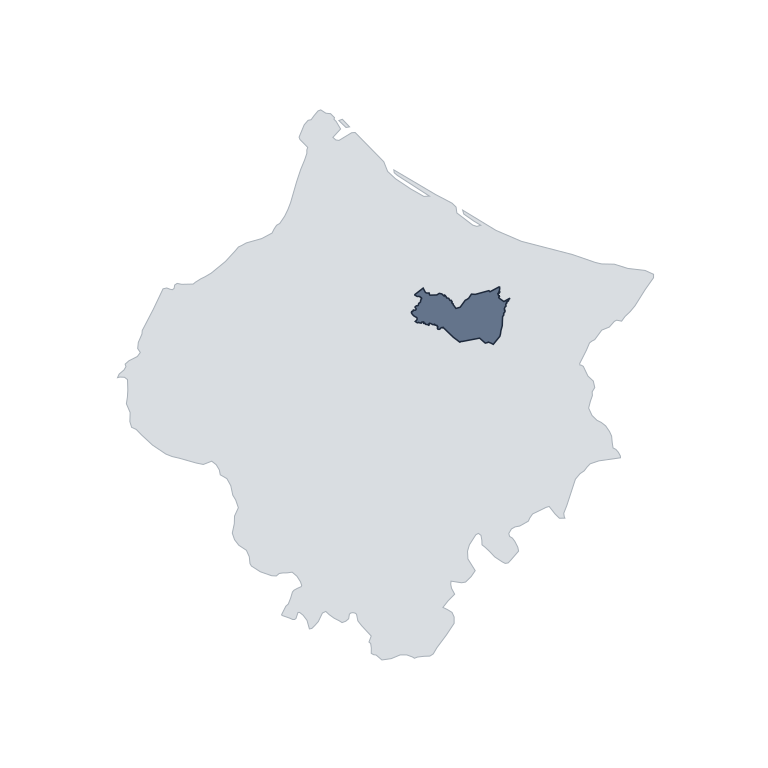 location of Goh, Fromager, Ivory Coast, rotated 216°
{"feature_id": "98640826B83650084589555", "entity_name": "Goh", "entity_type": "district", "adm_level": 2, "iso_a3": "CIV", "parent_name": "Ivory Coast", "parent_adm1": "Fromager", "projection": "orthographic", "projection_center": [-5.701, 6.152], "detail": "fine", "context": "in_parent", "style": "filled", "palette": "slate", "viewbox_px": 768, "rotation_deg": 216, "n_neighbors": 0, "source": "geoboundaries", "source_scale": "gbopen_adm2", "svg_char_len": 9102}
<svg xmlns="http://www.w3.org/2000/svg" viewBox="0 0 768 768"><g transform="rotate(216 384 384)"><path d="M198.2,180.0L200.5,179.9L206.4,178.2L211.7,174.3L216.7,166.1L223.5,159.5L231.1,160.1L233.3,158.9L236.0,158.6L239.1,163.0L242.3,166.3L244.5,166.4L246.2,172.6L260.0,175.3L265.9,177.0L270.9,181.6L272.6,181.7L274.7,180.8L276.3,179.2L276.7,177.4L274.6,173.3L275.5,169.6L277.7,166.3L281.3,166.1L286.7,165.2L292.8,165.2L297.4,165.8L299.2,162.5L297.5,153.2L298.0,148.1L298.7,143.8L300.4,142.0L307.3,147.5L313.5,149.4L318.0,149.6L319.3,148.6L317.4,142.6L317.9,140.9L319.5,139.8L322.5,139.2L330.5,136.8L331.3,137.3L332.8,146.6L332.1,149.7L333.7,156.0L335.8,161.9L335.6,164.3L333.9,167.9L331.9,171.3L332.1,172.6L335.3,174.9L341.4,177.3L347.7,177.8L351.2,174.4L354.9,171.6L357.4,169.1L358.3,165.4L362.3,162.8L373.7,159.4L384.2,158.8L386.8,159.9L391.5,165.1L397.6,168.6L406.7,168.2L413.4,170.2L419.1,174.2L423.0,183.0L427.3,189.3L429.1,198.3L435.8,203.0L441.0,205.2L448.2,211.7L455.5,215.1L463.1,214.3L466.7,217.7L472.3,220.1L478.0,220.3L482.9,212.7L489.5,209.7L506.1,203.6L512.7,200.8L519.3,199.1L535.3,198.5L550.3,200.3L557.7,201.6L562.7,200.6L567.5,204.2L572.6,211.7L576.6,214.1L580.8,216.6L583.9,222.6L587.6,228.4L589.6,231.0L594.1,236.8L597.9,236.9L601.7,234.4L603.3,232.5L604.1,236.3L602.6,242.6L603.0,246.4L605.1,247.9L604.0,252.9L599.7,261.3L599.7,266.3L604.1,267.9L607.2,273.2L609.2,282.2L611.1,285.3L611.3,287.1L614.6,309.1L618.7,331.1L616.2,334.0L612.8,334.9L610.6,335.9L610.0,338.0L611.5,341.0L610.5,343.8L606.3,345.7L597.1,352.7L596.4,355.5L594.0,361.5L592.0,365.2L589.0,372.0L584.3,389.9L582.6,404.7L582.3,409.3L580.5,412.5L578.4,417.1L568.4,429.8L563.3,440.3L564.0,444.8L564.2,449.3L562.7,452.6L563.0,461.4L564.3,468.7L566.2,475.9L573.6,496.3L577.5,508.6L579.9,518.6L582.0,525.3L584.0,528.0L584.8,530.6L595.7,532.4L597.8,533.8L600.9,546.8L600.4,552.7L598.3,555.0L598.3,559.9L597.9,566.1L596.3,568.6L590.2,568.9L586.1,571.3L580.6,570.4L580.1,568.8L577.1,568.3L569.0,564.8L570.3,553.5L566.5,553.1L563.6,554.6L557.9,568.2L555.2,570.5L514.8,563.7L506.0,558.1L495.4,556.8L477.1,557.5L462.0,559.2L457.7,562.7L495.8,560.6L499.9,560.9L501.9,563.0L453.6,567.6L435.2,570.3L429.7,569.5L425.6,565.2L405.6,564.7L401.5,566.1L399.0,569.3L406.9,568.6L419.3,568.4L422.6,570.9L383.7,574.1L356.7,580.2L345.3,584.7L307.6,599.5L284.6,606.5L278.6,609.0L268.1,616.3L254.7,620.8L239.6,629.3L230.4,631.2L228.4,628.4L228.2,614.0L226.9,594.7L227.4,587.3L228.7,580.3L228.7,574.5L233.3,572.4L234.5,570.0L235.2,562.5L239.5,555.6L239.6,543.7L240.9,541.2L241.9,538.1L240.1,530.3L237.7,515.5L236.6,514.5L235.5,515.2L233.1,515.4L223.7,510.3L216.4,509.4L211.4,505.0L211.0,500.0L208.6,497.1L206.9,491.4L204.3,484.8L197.2,480.8L190.4,479.8L185.7,480.6L180.0,480.4L173.6,478.1L169.2,475.6L165.0,470.8L161.1,466.9L158.0,467.4L154.2,466.5L150.5,464.7L149.3,463.3L165.0,448.1L170.3,440.6L170.9,436.1L171.0,431.4L172.7,426.7L173.2,419.5L164.7,393.2L162.6,385.1L160.3,382.7L158.8,381.8L163.2,378.5L169.2,379.4L178.4,382.0L180.4,379.4L187.4,366.2L187.3,361.3L186.6,357.9L190.7,348.9L194.0,345.4L195.7,341.6L195.2,336.4L192.8,334.5L189.5,334.8L185.7,333.6L179.8,330.6L176.9,327.9L177.9,315.9L178.4,312.2L180.5,310.1L183.8,309.6L192.9,309.2L200.2,310.6L206.7,311.4L210.2,311.5L212.9,315.0L216.6,318.6L219.9,318.6L221.1,315.9L220.4,304.1L218.2,297.9L213.3,291.8L200.5,286.6L200.3,279.5L201.6,271.7L204.4,268.8L213.9,263.9L212.3,261.2L209.3,258.4L203.3,255.5L204.7,246.2L205.0,237.9L199.9,238.8L194.7,239.2L190.3,236.7L186.6,231.6L186.0,217.7L186.2,201.7L185.5,194.6L187.0,190.8L191.5,187.3L196.4,182.8L198.2,180.0ZM575.4,570.6L573.3,573.7L563.0,571.8L565.5,569.2L575.4,570.6Z" fill="#d9dde1" stroke="#a8b0b8" stroke-width="1"/><path d="M411.6,474.6L411.5,474.2L411.4,474.1L411.0,474.0L410.6,474.1L410.4,474.2L410.0,474.2L409.7,474.2L409.4,474.2L408.7,474.3L408.3,474.5L407.7,475.1L407.4,475.3L406.8,475.5L406.5,475.8L406.1,475.8L405.8,475.6L405.7,475.6L405.3,475.7L405.2,475.7L404.6,475.7L404.4,475.7L404.1,475.6L403.9,475.4L403.8,475.2L403.7,475.0L403.8,474.8L403.9,474.7L404.0,474.5L403.6,473.8L403.5,473.6L403.4,473.3L403.4,473.0L403.4,472.9L403.0,472.4L402.8,471.9L402.7,471.7L402.9,471.1L402.9,470.5L403.0,470.3L403.2,470.1L403.3,469.9L403.1,468.9L402.7,468.4L402.6,467.9L402.6,467.7L402.6,467.4L402.7,467.2L403.0,467.0L403.3,466.8L403.4,466.7L403.7,466.4L403.9,466.0L403.9,465.9L404.0,465.3L404.1,465.1L404.2,464.7L404.1,464.4L403.8,464.2L403.4,464.1L402.9,464.0L402.3,463.8L402.0,463.3L401.9,463.1L401.9,462.6L401.9,462.4L402.0,462.2L402.5,461.8L402.9,461.5L403.1,461.4L403.5,461.3L403.7,461.2L403.8,461.0L403.8,460.8L403.8,460.6L403.7,460.4L403.5,460.2L403.4,460.1L403.4,459.8L403.5,459.6L403.6,459.2L404.1,459.1L404.2,458.9L404.1,458.5L403.7,457.7L402.8,457.3L401.3,456.8L401.1,456.8L400.4,456.8L399.8,456.6L399.7,456.6L398.3,456.8L397.8,456.8L397.4,456.9L396.8,457.0L396.4,456.9L396.0,456.7L395.9,456.6L395.7,456.4L395.6,456.2L395.3,455.8L395.1,455.4L395.2,454.3L395.5,453.0L395.4,453.0L394.5,453.0L394.0,452.9L393.9,452.9L393.3,453.1L392.9,453.3L392.7,453.3L392.4,453.9L392.3,454.0L392.2,454.2L391.5,454.2L391.0,454.5L390.6,454.8L389.9,454.9L389.7,455.0L389.6,455.3L389.7,455.6L389.8,456.3L389.6,456.6L389.4,456.7L388.9,456.9L388.8,457.0L388.7,457.3L388.3,457.5L388.2,457.4L388.0,457.2L388.1,456.9L388.0,456.7L387.8,456.4L387.6,456.3L387.0,456.6L386.9,456.8L386.9,457.1L386.6,457.2L386.2,457.2L385.6,456.8L385.4,456.8L385.1,456.8L384.7,457.1L383.6,457.7L383.4,457.9L383.3,458.1L383.1,457.9L382.8,457.7L382.7,457.7L382.3,457.8L382.3,458.0L382.2,458.2L382.2,458.3L382.7,459.1L383.0,459.4L383.0,459.6L383.0,459.8L382.9,459.9L382.7,460.0L381.4,460.5L380.9,460.5L380.4,460.6L379.7,460.6L379.4,460.8L379.1,461.1L378.9,461.2L378.7,461.2L378.2,461.3L378.2,461.7L378.3,461.8L378.3,462.0L378.1,462.1L377.6,462.0L377.4,461.9L377.2,461.8L376.9,461.8L376.4,462.1L376.0,462.3L375.9,462.3L375.6,462.5L375.3,462.4L375.1,462.0L374.9,462.0L374.6,462.1L374.3,461.9L374.0,461.9L373.9,461.8L373.9,461.5L373.8,460.6L373.6,460.5L373.0,460.2L372.9,460.1L372.7,460.0L371.6,460.5L371.1,461.1L371.0,461.5L371.0,462.1L370.9,462.8L370.7,463.2L370.5,463.4L370.3,463.6L370.3,463.8L370.1,463.9L369.7,463.8L369.5,464.0L369.4,464.2L369.4,464.5L369.1,464.4L367.7,464.3L363.0,463.6L360.0,463.2L358.0,462.9L356.9,462.8L356.5,462.7L356.0,462.6L353.8,462.5L353.5,462.5L352.6,462.5L351.9,462.5L351.1,462.5L350.7,462.5L350.1,462.5L349.1,462.4L347.4,462.4L347.2,462.4L347.1,462.5L347.1,462.8L347.1,463.1L346.9,463.3L346.7,463.5L346.6,463.8L345.8,464.3L333.6,477.3L326.1,476.6L324.5,478.5L324.3,479.2L321.6,479.9L321.0,480.0L318.9,480.3L318.3,490.6L319.2,493.0L320.7,495.7L322.6,500.7L325.4,504.8L327.7,508.3L327.7,508.6L327.6,508.9L327.6,509.1L327.7,509.3L327.6,510.2L327.7,510.4L328.0,510.6L328.3,510.8L328.5,511.0L328.7,511.6L328.8,511.9L328.8,512.1L328.5,512.4L328.5,512.7L328.6,512.8L328.7,513.8L328.9,514.1L329.2,514.2L329.5,514.2L329.5,514.8L329.9,514.9L330.0,514.9L330.3,515.2L330.5,515.2L330.7,515.3L330.8,515.4L330.9,515.8L330.9,516.0L331.1,516.4L331.2,516.7L331.4,517.1L331.3,517.4L331.3,517.5L331.2,517.8L331.1,518.0L331.0,518.5L331.3,518.7L331.4,518.8L331.4,519.0L331.5,519.3L331.9,519.6L332.3,519.9L332.4,520.1L332.3,520.3L332.4,520.5L332.3,521.0L332.5,521.3L332.2,521.7L332.2,521.8L332.3,521.9L332.4,521.7L332.5,521.7L332.6,521.8L333.1,522.4L333.0,522.5L332.8,522.6L332.9,522.8L332.8,523.1L332.7,523.4L332.4,523.5L332.3,523.9L332.4,524.1L332.2,524.5L332.3,524.7L332.4,524.8L332.4,525.0L332.6,525.3L332.7,525.5L332.9,525.6L333.0,525.7L333.0,525.9L332.8,526.1L332.6,526.3L332.6,526.6L332.5,526.8L332.6,527.0L332.8,527.0L335.5,521.2L341.1,521.1L341.8,521.3L342.1,521.5L342.1,521.8L342.0,522.1L341.9,522.5L342.2,522.6L342.4,522.8L342.6,523.1L342.8,522.9L343.1,522.8L343.4,523.0L343.7,523.1L344.2,523.5L344.9,523.9L344.8,524.2L344.6,524.4L344.8,524.7L344.6,524.9L344.3,524.9L344.2,525.2L344.2,525.5L344.3,525.8L344.6,526.0L344.4,526.3L344.5,526.6L344.3,526.8L344.2,527.1L344.4,526.9L344.7,526.9L344.8,526.3L345.0,526.0L345.0,526.3L345.3,526.4L345.3,526.7L345.5,527.1L345.8,527.7L345.8,528.0L346.1,528.5L346.2,528.8L346.9,529.4L346.8,529.7L347.3,530.0L347.4,530.3L347.7,530.2L348.0,530.2L352.5,520.9L354.0,521.2L362.8,510.2L366.1,508.1L365.9,503.2L366.6,501.2L367.5,499.5L367.5,490.9L370.2,487.4L373.8,488.6L374.5,488.7L374.7,489.0L374.9,489.3L375.2,489.5L375.6,489.4L376.0,489.3L376.3,489.3L376.6,489.6L377.0,489.7L377.0,490.0L377.0,490.4L377.2,490.6L377.6,490.8L377.9,490.7L378.2,490.9L378.9,491.2L379.1,491.0L379.3,490.6L379.5,490.4L380.0,490.4L380.9,490.9L381.2,491.0L381.6,491.1L381.8,491.3L382.2,491.2L382.8,491.1L383.1,490.9L383.3,490.7L383.6,490.5L384.0,490.5L384.3,490.6L384.5,490.9L384.8,491.0L385.1,491.2L385.4,491.2L385.8,491.4L386.1,491.4L386.4,491.6L386.7,491.6L387.0,491.6L387.4,491.5L387.1,490.5L389.3,490.7L390.1,490.9L392.6,489.8L393.6,487.1L398.5,483.3L398.7,483.1L399.3,482.9L399.5,482.9L400.3,483.5L400.6,484.0L400.8,484.1L401.0,484.2L401.3,484.0L401.7,483.5L401.9,483.3L402.1,483.2L402.6,483.0L402.8,482.8L402.9,482.7L403.5,482.5L404.3,482.5L404.5,482.5L408.7,484.6L411.6,474.6Z" fill="#64748b" stroke="#1e293b" stroke-width="1.5"/></g></svg>